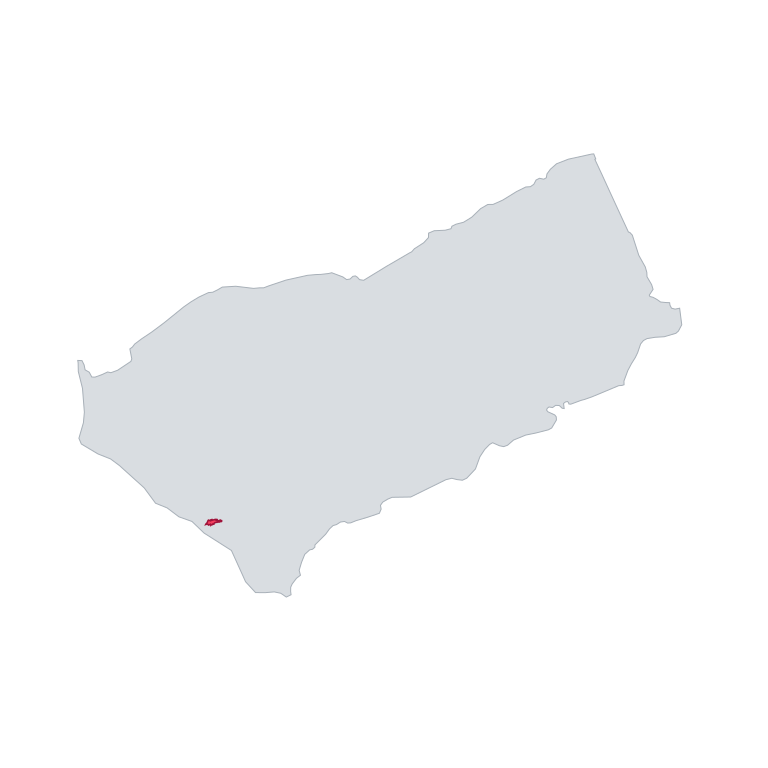 Ga East, Greater Accra, Ghana (highlighted), rotated 66°
{"feature_id": "2480657B24635332146555", "entity_name": "Ga East", "entity_type": "district", "adm_level": 2, "iso_a3": "GHA", "parent_name": "Ghana", "parent_adm1": "Greater Accra", "projection": "equal_earth", "projection_center": [-0.223, 5.706], "detail": "fine", "context": "in_parent", "style": "filled", "palette": "rose", "viewbox_px": 768, "rotation_deg": 66, "n_neighbors": 0, "source": "geoboundaries", "source_scale": "gbopen_adm2", "svg_char_len": 4588}
<svg xmlns="http://www.w3.org/2000/svg" viewBox="0 0 768 768"><g transform="rotate(66 384 384)"><path d="M451.0,87.9L455.4,93.5L456.4,96.7L454.8,108.8L451.6,117.3L449.5,125.3L449.8,129.3L451.8,133.3L458.5,139.5L462.0,143.6L466.1,149.7L470.8,155.7L478.9,163.6L482.3,165.0L482.1,167.2L481.0,170.2L480.3,199.4L479.7,206.9L479.1,210.7L478.4,221.6L477.5,223.2L476.0,223.0L474.6,223.5L474.2,225.6L474.8,227.9L479.7,229.4L478.6,231.1L475.0,232.6L473.3,235.9L474.1,239.6L472.1,242.6L472.6,244.7L473.9,246.1L476.0,245.6L481.7,240.6L484.0,240.0L487.0,241.1L492.4,248.7L492.7,252.5L490.5,265.4L488.3,275.3L487.9,288.5L490.2,296.0L489.9,300.1L487.4,303.6L481.8,308.7L482.2,312.2L484.8,318.7L489.5,326.0L498.8,335.0L503.7,346.7L503.8,351.5L501.0,356.2L497.7,360.4L496.6,366.4L498.1,405.6L490.8,422.7L490.7,427.5L491.4,433.2L493.4,436.6L497.1,437.5L500.2,440.8L499.1,452.8L497.5,465.0L497.3,470.9L496.3,473.7L493.5,476.0L492.4,479.9L493.1,484.6L492.6,488.1L494.2,492.7L497.5,498.4L502.9,512.5L505.0,513.6L505.9,516.5L505.3,519.4L507.4,525.7L513.4,531.9L519.7,537.3L524.7,538.1L525.9,543.0L529.3,549.2L531.7,551.9L535.6,553.7L538.7,554.6L538.9,559.9L533.2,563.4L529.3,568.8L526.4,577.1L522.3,586.2L508.3,590.9L502.9,590.9L474.0,591.1L447.0,609.0L431.5,615.3L421.9,625.4L409.0,632.5L400.0,641.2L381.4,645.3L350.8,658.9L341.2,664.3L331.5,673.8L315.7,684.9L309.5,684.8L297.2,674.4L287.9,669.2L265.3,661.2L248.3,658.2L240.2,654.8L237.9,654.2L239.8,650.4L244.6,650.2L249.5,651.3L253.3,648.5L258.8,648.1L260.2,645.1L260.7,637.6L260.6,631.6L262.6,628.9L263.1,621.8L260.4,606.0L258.5,604.2L248.6,601.9L247.9,598.8L246.1,595.5L244.2,587.3L242.1,575.2L238.7,560.2L232.1,535.5L230.4,526.7L229.3,517.8L229.1,507.2L230.5,503.2L230.3,497.7L229.7,492.3L234.4,479.7L243.6,464.3L245.5,458.7L247.2,454.8L247.5,449.3L249.2,431.4L253.6,409.7L256.4,401.5L258.2,397.1L260.5,389.8L261.1,386.5L269.5,378.0L273.4,375.7L274.3,372.3L273.0,368.7L273.6,366.2L275.6,364.9L278.7,363.9L281.0,360.4L277.5,333.7L274.6,307.1L274.5,304.9L272.8,301.2L271.1,290.2L268.3,283.8L264.3,281.9L264.4,275.8L268.4,265.6L269.4,259.6L267.5,257.8L267.3,253.2L268.6,245.6L268.0,241.0L267.3,236.0L263.1,224.4L262.2,216.2L264.3,211.3L264.3,200.8L262.1,184.5L261.7,174.3L263.3,170.0L262.5,165.9L259.5,162.1L259.3,158.3L261.9,154.7L261.6,151.8L258.4,149.7L255.5,144.7L253.0,136.8L253.6,124.1L258.4,100.8L259.1,98.8L264.5,99.0L264.5,100.0L281.3,99.7L300.6,99.5L323.7,99.2L344.6,98.9L345.5,97.8L349.0,96.6L370.1,98.9L383.3,97.7L388.9,98.5L393.0,100.1L402.1,99.1L407.0,99.7L410.7,105.5L412.2,105.5L414.2,103.0L417.9,100.2L421.6,98.0L424.2,93.4L425.9,90.0L428.3,90.7L431.7,90.5L434.0,87.6L435.0,83.1L451.0,87.9Z" fill="#d9dde1" stroke="#a8b0b8" stroke-width="1"/><path d="M442.9,587.9L442.9,588.0L442.7,588.3L442.4,588.4L442.3,588.6L442.1,588.6L441.9,588.6L441.7,588.8L441.7,589.1L441.7,589.3L441.6,589.7L441.6,589.8L441.6,590.0L441.6,590.3L441.6,590.5L441.6,590.9L441.6,591.0L441.4,591.2L441.4,591.4L441.0,591.7L440.9,591.9L440.6,591.8L440.4,592.0L440.4,592.3L440.4,592.5L440.2,592.7L440.1,592.8L440.0,592.6L440.0,592.4L440.0,592.1L440.0,591.9L440.0,591.7L439.9,591.6L439.7,591.9L439.7,592.1L439.5,592.3L439.4,592.4L439.4,592.6L439.3,592.8L439.2,592.9L439.1,593.0L439.0,593.3L439.0,593.8L438.9,594.0L439.0,594.2L439.0,594.4L438.9,594.7L438.8,594.8L438.7,595.3L438.7,595.5L438.7,596.0L438.6,596.3L438.6,596.5L438.5,596.9L438.5,597.0L438.3,596.7L438.2,596.4L438.0,596.2L437.9,595.8L437.8,595.6L437.8,595.8L437.8,596.0L437.8,596.3L437.8,596.5L437.8,596.8L437.7,596.9L437.7,597.0L437.7,597.4L437.7,597.5L437.6,597.8L437.6,598.0L437.6,598.3L437.7,598.5L437.7,598.8L437.7,599.2L436.9,599.8L437.7,601.0L437.9,601.1L438.4,601.5L438.5,601.6L438.6,601.8L438.7,602.0L438.8,602.1L438.9,602.3L439.0,602.5L439.1,602.8L439.3,603.2L439.4,603.4L439.4,603.5L439.5,603.6L439.6,603.8L439.7,604.0L439.8,604.1L439.8,603.9L439.9,603.7L439.9,603.4L439.9,603.2L439.9,602.9L440.0,602.7L440.2,602.4L440.3,602.3L440.4,602.2L440.6,602.1L440.8,602.0L440.9,601.8L440.9,601.7L441.0,601.6L441.2,601.8L441.5,601.7L441.5,600.2L441.6,600.3L441.8,600.3L441.9,600.1L442.0,600.0L442.1,599.9L442.2,599.7L442.4,599.6L442.7,599.7L442.5,598.9L442.3,597.8L442.7,597.8L442.7,597.7L442.6,597.4L442.7,596.9L442.5,597.0L442.4,596.7L442.3,596.2L442.1,595.5L441.9,595.0L441.9,594.8L442.0,594.6L442.1,594.4L442.0,594.0L442.0,593.8L442.0,593.5L442.5,593.0L442.5,592.8L442.4,592.6L442.5,592.3L442.4,591.8L442.8,591.2L443.1,591.0L443.2,590.0L443.2,589.3L443.2,589.0L443.3,588.9L443.5,588.7L443.5,588.3L443.4,588.2L443.2,588.0L443.1,587.9L442.9,587.9Z" fill="#f43f5e" stroke="#9f1239" stroke-width="1.5"/></g></svg>